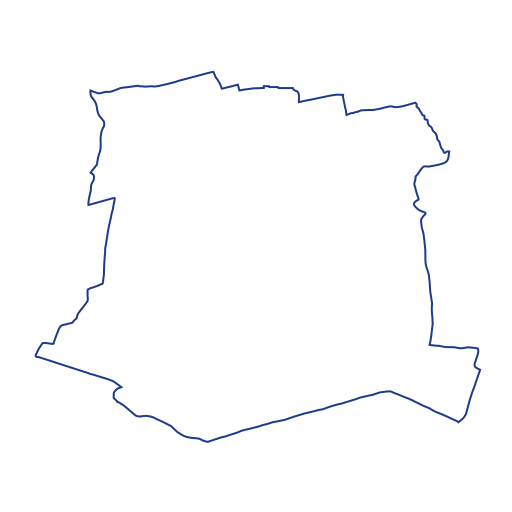 outline of Suan Luang, Bangkok Metropolis, Thailand, rotated 179°
{"feature_id": "78962969B46335103611248", "entity_name": "Suan Luang", "entity_type": "district", "adm_level": 2, "iso_a3": "THA", "parent_name": "Thailand", "parent_adm1": "Bangkok Metropolis", "projection": "albers", "projection_center": [100.621, 13.725], "detail": "fine", "context": "isolated", "style": "outline", "palette": "blue", "viewbox_px": 512, "rotation_deg": 179, "n_neighbors": 0, "source": "geoboundaries", "source_scale": "gbopen_adm2", "svg_char_len": 5868}
<svg xmlns="http://www.w3.org/2000/svg" viewBox="0 0 512 512"><g transform="rotate(179 256 256)"><path d="M56.5,86.3L55.7,86.9L54.9,87.5L52.4,89.5L51.0,90.9L49.5,93.2L49.0,94.0L47.7,98.0L45.1,107.3L42.5,115.2L40.0,121.4L33.9,138.3L37.2,140.1L37.9,140.5L38.7,141.2L39.0,141.7L39.3,142.4L39.3,142.9L39.4,143.5L39.3,144.3L37.4,149.8L36.8,151.4L35.7,154.6L35.4,156.8L35.5,158.7L35.7,159.3L36.2,159.7L36.6,159.8L37.9,160.1L40.2,160.5L46.2,161.0L50.5,160.3L52.6,160.1L56.5,160.7L58.1,161.1L60.4,161.4L62.8,161.5L65.6,161.5L67.5,161.6L70.0,162.0L74.5,163.0L77.9,163.2L83.9,164.0L83.8,164.8L83.0,168.3L82.2,173.0L80.5,185.2L80.8,192.9L81.0,194.9L81.2,199.8L80.8,205.7L82.4,217.4L82.8,225.6L83.4,233.2L84.0,236.2L85.7,241.7L86.3,244.3L86.5,245.5L86.7,249.0L86.6,258.8L87.0,263.8L87.4,268.8L88.2,275.6L89.8,281.9L90.4,288.8L90.1,289.9L89.6,290.6L88.3,292.6L87.3,293.7L86.2,294.7L85.9,295.2L85.8,295.7L85.8,295.9L86.1,296.3L86.5,296.6L87.9,297.2L90.3,298.0L92.1,299.1L93.0,299.7L95.5,302.1L96.1,302.8L96.9,304.0L97.1,305.0L97.1,305.7L96.8,306.4L96.4,307.0L94.8,308.3L92.6,309.5L92.4,310.1L94.2,315.8L95.7,322.0L96.2,323.8L96.5,324.9L96.4,325.7L96.1,327.1L95.4,329.1L95.0,332.7L93.8,334.0L92.3,335.8L90.2,338.9L88.9,340.5L87.2,342.2L86.5,342.5L85.8,342.6L84.2,342.6L82.4,342.4L81.0,342.5L74.2,343.6L70.9,344.3L68.2,345.1L65.8,345.9L65.3,346.2L64.0,347.1L63.4,347.7L62.4,349.5L61.8,351.5L61.1,356.4L61.0,357.1L62.0,357.2L62.9,357.2L63.9,356.8L64.9,356.0L65.3,355.9L65.6,355.9L66.1,356.1L66.3,356.2L66.6,356.6L66.7,357.1L66.9,358.0L67.2,358.6L68.6,360.2L69.1,361.4L69.7,363.2L70.3,365.4L70.7,367.0L71.6,368.2L72.4,369.0L72.8,369.8L73.0,372.5L73.4,373.5L74.2,375.4L76.1,377.2L76.8,377.9L78.1,381.1L78.6,381.9L80.0,382.9L80.7,383.7L81.2,384.3L81.8,385.6L81.9,386.0L82.0,387.1L82.1,388.8L82.2,389.0L82.5,389.2L82.9,389.4L84.3,389.5L84.6,389.7L84.9,390.0L85.1,390.5L85.1,392.6L85.2,393.3L85.4,393.4L86.7,393.7L87.0,394.0L87.2,394.3L87.6,395.2L90.2,399.5L90.8,400.8L92.2,401.9L92.7,402.4L92.9,402.8L92.9,403.3L92.9,403.5L92.6,404.1L92.7,404.9L92.9,405.3L94.1,406.5L101.8,404.4L106.8,403.2L109.1,402.8L111.4,402.5L113.0,402.4L114.3,402.4L115.7,402.7L117.0,403.1L119.5,403.3L122.6,402.6L126.3,401.9L128.0,401.4L129.8,401.0L136.7,399.9L141.6,400.0L147.8,399.8L148.8,399.6L150.9,398.9L151.8,398.4L153.3,398.2L156.5,397.3L158.4,397.1L159.5,396.8L161.1,396.1L162.5,395.7L163.0,395.4L163.2,395.9L163.4,397.9L163.6,400.4L164.2,402.4L166.2,413.4L166.3,414.8L166.1,415.6L172.6,415.9L178.9,415.1L195.5,411.9L204.5,410.3L210.4,409.1L210.4,411.7L210.2,413.1L210.2,414.6L210.3,416.4L210.7,418.2L211.0,418.8L211.8,419.8L212.4,420.2L213.8,420.5L214.3,420.8L215.2,421.5L215.7,422.0L216.1,422.7L216.3,423.3L230.4,423.5L230.7,423.6L230.8,424.3L231.0,424.5L239.7,424.7L239.9,424.8L240.0,425.5L245.2,425.7L245.3,424.0L245.3,423.9L256.4,423.6L261.3,423.0L265.6,422.5L269.7,421.8L271.1,427.6L277.8,426.0L287.2,423.9L287.5,424.5L288.6,427.7L289.4,429.5L291.7,433.4L293.2,435.4L295.0,440.1L295.3,440.7L295.7,440.9L296.0,440.8L300.0,440.0L330.7,432.4L333.0,431.6L341.2,429.6L347.7,428.3L350.2,427.7L354.5,427.2L355.9,427.3L357.3,427.6L362.6,427.3L364.3,427.3L367.8,427.7L369.4,427.7L370.3,428.2L370.9,428.3L383.0,426.9L385.2,426.8L388.8,426.2L393.9,424.3L398.8,422.7L403.7,422.7L409.2,421.4L411.5,421.5L418.6,424.3L418.7,422.3L418.5,420.0L418.0,418.5L417.4,417.5L415.7,415.4L413.6,411.8L412.8,409.1L411.9,403.2L411.0,400.4L410.4,399.2L405.9,393.4L405.6,392.3L405.4,390.9L405.7,388.7L405.9,387.9L406.8,386.8L408.4,382.7L409.3,377.4L409.4,373.6L409.3,371.7L409.5,366.8L409.7,365.3L410.3,362.7L410.8,361.6L412.3,356.7L413.3,351.2L413.8,349.7L418.7,343.9L419.6,342.6L419.9,342.3L419.6,341.8L418.9,341.6L417.1,340.0L416.9,339.6L416.6,338.5L416.8,336.0L417.2,334.3L417.6,333.6L418.9,331.5L419.5,329.8L419.8,328.3L420.0,324.6L422.0,316.3L422.7,311.8L422.6,309.9L398.9,316.1L396.4,316.4L396.2,315.7L398.6,304.1L399.3,301.9L399.9,299.6L400.3,297.3L402.2,289.8L403.3,284.7L405.8,270.3L406.4,267.7L406.7,265.5L406.8,262.3L407.3,257.7L407.8,251.3L408.2,245.0L408.3,240.9L409.4,233.2L409.8,231.1L410.0,230.9L411.3,230.4L411.9,230.3L415.0,228.9L418.9,227.6L422.0,226.8L423.7,225.8L424.6,225.6L425.0,224.6L425.1,218.5L424.9,216.3L425.1,214.3L425.4,213.7L426.8,211.6L434.2,202.5L435.3,200.7L436.0,198.9L436.4,196.9L436.6,196.6L437.9,195.6L439.3,194.4L440.5,192.8L440.7,192.6L442.0,192.1L445.9,191.4L447.3,190.9L449.8,190.5L451.3,190.0L452.1,189.6L452.6,189.1L453.9,187.4L454.3,186.7L457.9,177.9L459.7,172.9L459.9,171.9L460.0,171.8L460.2,171.7L461.6,171.7L467.9,172.7L469.8,172.8L470.8,172.6L471.2,172.3L474.3,167.8L475.5,165.9L476.9,162.8L477.6,161.6L478.1,159.9L477.4,159.0L475.0,158.7L426.0,141.9L424.1,141.1L420.8,140.2L405.0,135.0L401.1,133.3L399.5,132.3L392.9,127.2L393.9,126.8L395.7,126.3L397.0,125.6L398.4,124.5L399.9,122.8L400.4,121.9L400.6,121.2L400.8,117.0L400.7,116.4L400.5,116.1L399.5,115.3L397.4,113.1L397.2,112.4L396.5,112.3L395.5,112.0L390.5,108.6L380.2,99.5L379.0,98.6L377.9,98.0L375.9,97.6L373.9,97.6L372.8,97.8L369.5,98.1L368.7,98.1L364.2,97.4L361.0,96.2L358.8,95.0L352.2,91.8L344.2,87.6L343.9,87.4L337.6,81.3L333.1,78.4L330.9,77.2L328.8,76.4L324.5,75.4L317.2,74.6L316.3,74.4L314.9,73.8L311.3,72.0L308.0,71.1L307.2,71.1L295.7,74.7L294.5,75.1L289.0,76.3L288.0,76.7L277.5,79.9L275.8,80.6L273.3,81.6L270.4,82.3L266.9,83.0L258.3,85.0L255.0,85.9L252.1,86.9L248.1,87.7L242.7,89.4L234.2,90.9L230.8,91.5L222.8,94.0L220.7,94.8L219.3,95.1L210.8,97.6L209.0,98.0L199.6,100.0L195.9,101.0L192.3,101.5L183.6,104.4L177.2,106.1L173.2,106.9L157.4,111.5L155.8,112.2L153.2,112.9L145.4,114.5L141.6,115.2L136.3,116.9L134.2,117.5L128.1,118.2L125.9,118.3L123.9,118.3L122.6,117.8L120.2,116.6L117.0,115.4L112.9,113.6L104.9,110.3L103.7,109.7L101.9,108.9L101.2,108.4L96.6,106.1L91.8,103.5L85.6,100.9L80.6,97.8L77.4,96.3L74.8,95.3L68.1,92.3L63.7,90.1L59.8,88.3L56.7,86.7L56.5,86.3Z" fill="none" stroke="#1e3a8a" stroke-width="2"/></g></svg>